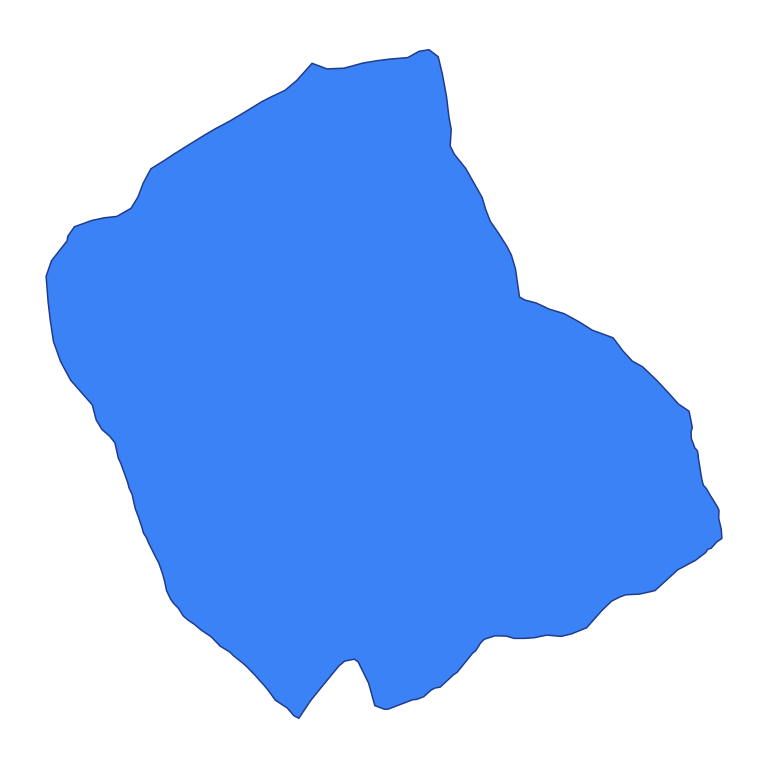 Toetsho, Tashi Yangtse, Bhutan
{"feature_id": "84629894B2316298414360", "entity_name": "Toetsho", "entity_type": "district", "adm_level": 2, "iso_a3": "BTN", "parent_name": "Bhutan", "parent_adm1": "Tashi Yangtse", "projection": "orthographic", "projection_center": [91.605, 27.504], "detail": "fine", "context": "isolated", "style": "filled", "palette": "blue", "viewbox_px": 768, "rotation_deg": 0, "n_neighbors": 0, "source": "geoboundaries", "source_scale": "gbopen_adm2", "svg_char_len": 2335}
<svg xmlns="http://www.w3.org/2000/svg" viewBox="0 0 768 768"><path d="M298.8,718.3L310.7,700.5L321.2,687.5L332.6,673.6L339.0,665.9L341.4,663.9L344.7,661.1L354.3,659.2L358.1,661.8L368.6,683.2L373.9,702.2L374.8,705.6L384.2,709.2L388.0,709.2L412.2,699.9L417.3,699.2L423.7,696.7L431.3,689.9L435.1,688.0L440.2,687.1L453.0,675.2L457.1,672.3L472.7,653.1L475.9,650.5L480.7,642.8L484.2,639.3L495.0,635.8L506.4,636.1L514.1,638.4L524.3,638.4L534.4,637.7L546.8,635.1L561.2,636.4L571.4,633.9L586.6,627.8L601.6,610.8L611.5,601.2L619.1,597.3L625.5,594.8L639.5,594.1L655.0,590.6L677.7,569.8L695.5,560.3L705.7,552.5L707.6,549.3L711.1,548.3L716.5,542.2L721.9,538.4L721.3,529.5L718.7,518.2L719.0,510.4L717.3,506.7L712.7,499.2L709.9,494.8L706.9,489.4L705.3,487.3L703.5,485.5L702.5,482.1L701.7,478.7L699.5,465.0L698.5,458.9L698.1,454.6L697.4,450.8L694.7,447.7L693.4,444.1L691.3,438.5L691.1,431.9L692.3,427.6L690.7,419.2L689.1,411.3L678.2,403.8L668.2,392.6L657.0,380.6L642.6,366.8L632.4,361.2L622.9,350.9L613.1,337.8L592.3,330.2L579.7,322.2L564.2,313.7L549.1,309.1L536.5,303.1L524.8,300.0L519.5,297.0L515.5,269.0L511.4,255.1L506.5,245.7L498.6,233.3L490.3,221.3L485.8,209.8L482.1,197.4L475.1,185.0L465.6,168.3L454.3,154.2L450.2,146.0L451.2,129.5L448.9,116.7L446.6,97.1L444.2,83.9L442.2,73.3L438.2,56.7L429.0,49.7L419.0,51.3L407.7,57.6L390.4,59.0L377.7,60.6L363.1,63.0L343.8,68.2L326.9,68.9L312.1,63.3L296.6,80.6L284.9,90.4L272.1,96.4L261.7,101.7L244.1,112.5L229.7,121.1L215.4,128.7L204.8,134.9L189.9,144.1L173.1,154.6L163.6,160.9L150.9,168.8L143.1,183.3L138.0,196.9L131.0,208.3L116.8,216.4L104.2,217.8L91.7,220.5L74.5,226.7L67.8,236.2L67.1,240.8L51.5,260.7L46.1,276.3L48.1,301.8L50.2,319.8L53.4,341.3L60.6,361.6L70.7,380.3L92.3,404.9L96.2,420.0L101.8,429.3L109.8,436.4L114.9,442.8L118.4,458.4L120.7,463.1L124.6,473.9L127.6,482.3L129.1,488.0L132.1,494.4L134.1,503.5L135.3,508.7L138.4,516.9L142.0,527.7L143.4,532.8L146.7,538.2L148.4,542.5L154.5,554.8L158.9,563.3L162.5,573.6L164.0,579.0L164.9,582.6L166.5,590.5L170.6,599.1L173.7,603.5L176.0,605.8L178.7,608.7L183.1,615.8L188.3,620.3L194.6,624.5L201.2,630.1L211.2,636.8L220.1,646.1L229.8,652.0L233.7,655.9L242.8,663.1L247.4,667.3L250.9,671.0L255.0,675.1L259.9,680.8L263.6,684.7L268.4,690.6L271.1,694.3L275.3,700.2L287.1,707.9L293.8,715.6L298.8,718.3Z" fill="#3b82f6" stroke="#1e3a8a" stroke-width="1.5"/></svg>